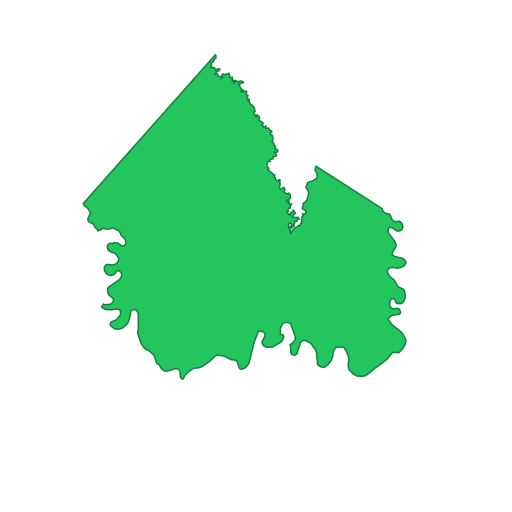 the district of Cabuyaro, Meta, Colombia, rotated 33°
{"feature_id": "7082276B93566761030806", "entity_name": "Cabuyaro", "entity_type": "district", "adm_level": 2, "iso_a3": "COL", "parent_name": "Colombia", "parent_adm1": "Meta", "projection": "albers", "projection_center": [-72.967, 4.313], "detail": "fine", "context": "isolated", "style": "filled", "palette": "green", "viewbox_px": 512, "rotation_deg": 33, "n_neighbors": 0, "source": "geoboundaries", "source_scale": "gbopen_adm2", "svg_char_len": 6161}
<svg xmlns="http://www.w3.org/2000/svg" viewBox="0 0 512 512"><g transform="rotate(33 256 256)"><path d="M82.5,306.2L84.4,307.2L86.3,307.5L87.4,307.1L93.8,309.9L94.4,315.6L95.5,317.5L96.7,318.4L102.4,317.8L104.8,319.5L108.7,320.3L109.5,321.1L111.6,318.7L112.4,316.0L114.9,315.4L117.4,314.0L120.7,310.4L127.8,309.6L131.9,312.1L136.3,313.0L138.2,314.1L139.7,315.7L140.2,317.1L139.7,319.8L137.9,320.5L133.0,320.4L129.5,322.3L129.0,323.4L127.4,324.6L126.5,324.8L126.0,325.8L125.7,327.8L126.3,329.3L127.9,331.0L130.3,331.8L134.3,331.2L136.0,330.5L139.0,331.1L141.9,332.8L143.0,334.1L143.4,336.7L142.6,339.4L140.8,341.5L135.9,344.1L134.9,345.4L134.9,348.2L136.8,350.7L139.2,352.0L141.7,352.4L144.6,351.7L146.3,349.9L147.3,347.5L147.4,344.5L148.9,343.0L152.0,343.3L153.8,345.3L154.5,347.6L154.3,350.1L149.5,361.8L149.3,363.6L150.6,366.3L152.5,368.1L154.7,368.9L159.2,369.5L160.5,370.6L161.0,372.2L160.8,374.5L159.6,376.3L155.2,379.5L154.4,379.4L154.2,383.0L158.8,382.9L163.8,380.0L168.4,376.0L170.0,375.4L172.0,375.8L173.8,377.9L174.4,380.8L173.6,385.7L170.6,389.9L170.6,391.8L171.1,393.0L172.0,393.7L176.3,394.0L178.9,393.4L181.9,391.0L183.4,388.6L184.7,384.6L184.9,381.6L183.9,377.1L181.3,370.7L181.3,369.2L183.2,367.1L185.1,366.4L188.0,367.9L189.5,369.7L197.2,381.6L198.8,385.2L207.1,391.8L209.8,393.1L214.0,394.4L217.5,393.7L224.7,394.8L230.0,399.4L231.5,400.1L233.6,399.8L238.5,402.3L239.9,402.0L241.1,402.5L244.0,401.1L247.8,397.0L248.6,395.2L252.1,393.1L255.0,393.9L258.8,399.1L261.1,399.4L261.9,398.7L261.4,394.8L262.3,390.3L264.2,385.3L265.3,383.7L268.8,381.0L270.7,378.7L274.3,370.2L276.3,362.4L277.6,360.0L284.2,357.2L291.1,356.6L296.2,354.5L297.6,354.8L302.8,358.9L304.2,359.4L305.9,358.5L307.6,356.1L308.4,352.6L308.4,349.5L301.5,329.5L299.0,318.1L299.7,317.2L302.5,315.9L304.6,315.7L305.8,316.2L307.0,318.1L308.0,325.3L309.4,326.4L311.6,327.2L314.1,326.9L319.2,323.7L324.1,314.0L324.0,311.9L323.0,308.1L322.0,307.5L320.2,308.2L318.8,308.0L315.8,303.1L315.2,299.1L315.6,297.5L316.8,295.7L319.0,294.3L321.1,294.0L322.7,294.5L332.8,302.2L333.9,303.6L334.5,306.3L334.2,308.7L332.8,312.0L334.5,313.3L337.6,318.0L339.7,319.1L342.3,318.4L343.6,316.1L341.1,306.5L340.2,305.2L341.2,301.6L342.9,300.1L348.0,299.4L350.1,299.6L357.0,302.4L359.1,303.7L366.8,313.6L371.0,313.6L373.9,312.2L375.5,308.1L376.0,303.1L375.3,299.2L372.7,293.3L372.6,289.0L379.1,284.6L383.8,286.8L388.3,290.0L390.1,292.0L392.1,296.4L394.2,299.2L396.2,300.7L402.3,302.0L406.0,301.7L410.4,299.2L412.4,297.4L413.8,295.2L417.0,285.1L420.8,275.4L422.1,271.0L423.0,262.8L423.6,262.1L428.5,259.2L429.5,253.5L429.2,248.9L427.9,245.2L422.7,241.9L418.5,240.6L407.4,239.5L402.0,237.5L401.3,236.5L401.3,234.8L402.5,231.6L408.0,226.7L408.3,225.5L407.8,224.3L405.4,222.7L404.0,222.6L402.8,223.0L400.2,225.4L398.2,226.0L396.7,225.6L394.1,223.8L392.8,219.9L393.1,218.0L394.6,216.7L395.8,216.8L398.3,218.6L400.4,218.9L403.9,216.7L404.6,214.5L404.0,210.0L402.1,207.0L398.9,204.0L397.1,203.6L393.6,204.3L391.3,204.1L385.0,200.9L379.7,200.3L374.8,198.1L374.0,196.1L374.5,193.0L377.7,190.7L381.0,189.4L383.0,187.5L385.4,184.2L385.7,180.8L384.1,178.6L380.6,178.0L372.4,180.9L370.0,180.9L368.5,179.4L368.2,172.0L367.3,170.1L364.5,168.2L354.4,164.4L353.4,163.5L351.8,160.6L352.8,159.0L355.1,158.2L360.6,158.2L362.3,157.2L363.9,155.0L363.5,152.0L362.4,150.4L360.1,149.0L357.2,148.7L354.0,151.6L352.6,151.8L350.1,151.3L345.8,148.3L344.4,148.3L342.2,149.5L339.4,149.6L337.2,148.7L335.9,147.6L257.6,148.0L257.6,149.1L258.8,151.9L263.0,154.2L264.3,156.7L264.2,158.7L262.8,161.9L259.4,166.2L260.3,170.7L260.8,171.6L263.8,172.6L266.0,174.6L268.1,180.7L268.0,183.8L266.9,186.4L268.0,187.5L268.7,190.8L269.4,191.2L272.6,190.9L274.2,192.2L274.1,193.9L272.1,195.4L273.3,196.3L273.6,197.4L273.3,198.6L274.3,200.8L275.1,201.3L275.6,203.0L276.5,203.7L275.8,204.8L276.2,207.0L275.1,207.2L274.7,209.2L273.0,211.8L272.9,218.2L271.5,217.4L271.1,215.4L269.7,215.6L268.9,215.1L269.0,214.1L270.8,213.1L270.7,212.1L269.3,211.8L267.9,214.0L266.8,212.5L265.8,212.0L266.4,210.2L267.7,209.5L269.5,211.2L270.7,211.4L271.3,210.9L271.6,209.8L270.4,209.1L270.6,207.6L269.6,205.7L271.5,205.1L270.7,203.1L272.0,201.4L269.8,200.7L268.6,202.1L264.8,203.4L264.6,202.5L265.8,198.6L262.4,197.2L262.5,199.0L261.6,200.9L262.3,203.0L261.6,203.6L260.8,202.7L258.5,203.0L257.6,202.1L259.0,200.9L257.7,200.1L257.4,198.4L258.5,197.1L257.8,196.1L257.4,193.0L255.7,194.3L253.4,191.8L253.9,194.0L251.5,193.5L252.1,191.0L253.5,188.8L251.2,185.9L249.3,185.4L248.8,186.7L246.4,187.3L243.8,186.9L244.3,184.7L242.2,183.3L240.1,187.2L237.8,184.7L237.1,182.4L235.3,180.9L235.1,179.2L233.7,179.5L233.9,181.4L230.5,181.2L229.7,179.8L228.4,179.7L227.5,177.8L226.0,178.4L224.9,177.8L219.1,177.3L219.2,175.6L216.5,174.7L214.2,171.7L214.4,170.8L216.4,168.9L215.2,168.5L215.2,167.3L217.4,165.3L216.4,163.9L216.5,163.3L218.6,160.9L218.3,160.2L214.9,159.0L217.0,157.6L217.1,155.9L215.9,155.2L213.6,155.6L212.8,153.7L210.5,152.8L208.8,151.2L207.1,151.5L206.8,149.0L204.6,146.4L203.2,145.7L202.0,146.4L201.2,145.6L200.9,144.4L201.8,143.6L200.8,142.6L198.6,143.0L196.9,141.9L194.7,143.6L193.6,141.7L192.6,143.8L192.1,144.0L191.3,143.2L189.7,142.9L190.0,141.1L188.9,140.3L184.4,140.6L183.7,138.1L182.4,137.3L180.0,137.1L180.5,139.2L179.9,139.4L178.7,138.1L177.5,138.1L175.9,137.2L176.6,135.4L173.9,132.6L172.4,132.4L171.3,131.6L168.8,131.9L165.7,129.8L164.5,130.4L164.4,129.3L165.2,128.9L164.6,128.2L162.4,128.9L161.8,127.4L162.1,126.0L161.3,125.7L160.2,126.3L158.5,123.1L157.6,123.3L154.9,125.9L155.0,124.0L154.3,124.1L153.6,125.3L153.2,123.9L151.4,123.5L149.7,122.1L148.2,122.1L148.1,121.2L151.0,117.5L150.6,117.0L148.3,117.2L145.7,119.8L143.5,119.9L143.2,123.7L142.5,120.7L141.5,120.8L141.3,122.1L140.9,122.3L138.7,119.0L136.8,120.7L135.9,119.3L133.8,117.5L133.0,119.1L131.7,119.5L131.8,120.8L129.4,121.3L128.7,122.1L128.8,122.8L130.7,123.8L130.3,126.2L129.1,124.8L128.3,124.8L126.6,125.8L124.2,124.3L122.8,125.8L122.8,123.8L122.1,122.8L124.1,120.9L123.9,119.0L122.4,119.6L120.6,121.8L118.5,120.6L116.0,122.6L114.6,122.5L115.3,120.6L113.0,118.5L114.5,116.2L113.8,113.8L114.6,111.8L113.2,109.7L112.3,109.5L82.5,306.2Z" fill="#22c55e" stroke="#15803d" stroke-width="1.5"/></g></svg>